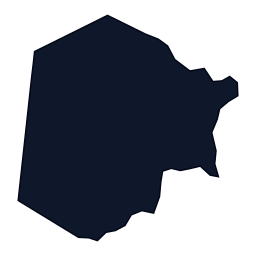 the district of Riachão do Bacamarte, Paraíba, Brazil
{"feature_id": "56859067B52420938057860", "entity_name": "Riachão do Bacamarte", "entity_type": "district", "adm_level": 2, "iso_a3": "BRA", "parent_name": "Brazil", "parent_adm1": "Paraíba", "projection": "equal_earth", "projection_center": [-35.653, -7.24], "detail": "fine", "context": "isolated", "style": "filled", "palette": "ink", "viewbox_px": 256, "rotation_deg": 0, "n_neighbors": 0, "source": "geoboundaries", "source_scale": "gbopen_adm2", "svg_char_len": 611}
<svg xmlns="http://www.w3.org/2000/svg" viewBox="0 0 256 256"><path d="M107.5,15.4L42.6,47.6L34.6,51.5L33.3,63.5L31.8,76.0L18.2,200.5L78.5,237.3L89.0,237.8L97.4,240.6L106.0,232.3L115.4,230.5L125.0,225.4L131.3,214.8L141.9,210.6L153.6,213.1L159.5,196.5L160.8,181.9L162.6,171.1L171.3,168.3L180.3,170.5L189.4,168.7L200.3,166.1L210.1,175.1L218.4,176.7L214.7,163.9L216.0,150.8L211.7,132.5L217.1,119.5L219.7,108.7L228.4,101.4L237.8,95.7L237.3,82.7L229.7,76.5L221.9,80.9L212.9,81.6L204.2,68.5L189.9,71.0L174.7,59.5L167.6,46.0L158.3,39.2L145.4,34.1L107.5,15.4Z" fill="#0f172a" stroke="#020617" stroke-width="1.5"/></svg>